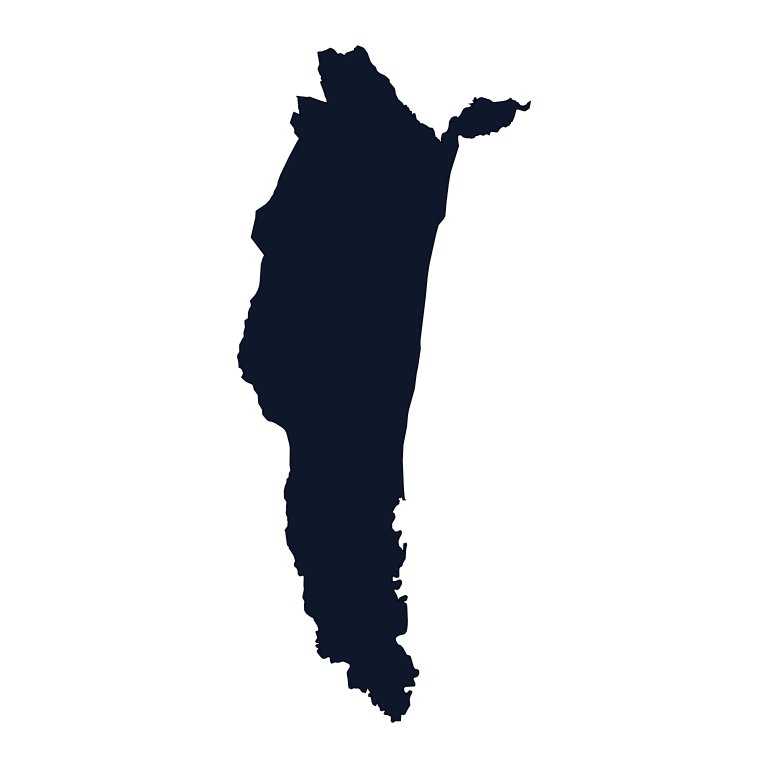 the district of Viterbo, Caldas, Colombia
{"feature_id": "7082276B24939675265994", "entity_name": "Viterbo", "entity_type": "district", "adm_level": 2, "iso_a3": "COL", "parent_name": "Colombia", "parent_adm1": "Caldas", "projection": "equal_earth", "projection_center": [-75.869, 5.037], "detail": "fine", "context": "isolated", "style": "filled", "palette": "ink", "viewbox_px": 768, "rotation_deg": 0, "n_neighbors": 0, "source": "geoboundaries", "source_scale": "gbopen_adm2", "svg_char_len": 6081}
<svg xmlns="http://www.w3.org/2000/svg" viewBox="0 0 768 768"><path d="M463.7,109.7L460.6,115.7L458.0,118.5L456.1,116.8L453.4,117.3L451.7,118.4L449.8,121.6L449.2,127.2L448.2,130.3L446.2,132.7L443.3,133.6L442.4,134.8L441.6,138.4L441.7,142.2L439.3,142.2L439.5,141.6L438.8,140.0L437.4,139.6L436.6,138.0L435.0,137.4L433.8,131.4L432.3,128.6L428.9,128.1L426.3,126.1L422.3,124.0L419.8,123.9L418.9,121.8L416.0,119.7L414.8,114.1L414.1,113.8L412.6,114.8L411.7,114.4L411.1,113.6L411.2,111.7L409.3,111.2L408.3,108.1L406.7,107.3L406.2,105.7L405.5,105.5L404.3,106.4L403.5,106.0L402.0,103.3L397.7,99.6L395.2,94.4L394.2,88.6L389.1,82.7L388.8,79.8L384.4,76.0L379.4,73.8L376.6,71.3L375.1,67.4L372.4,65.3L369.9,61.7L367.0,53.5L364.1,49.2L362.6,48.0L357.7,46.1L355.8,48.2L354.8,48.6L354.5,50.7L346.6,53.4L344.4,56.0L341.1,53.9L339.7,53.9L337.8,55.0L334.4,50.8L332.8,49.5L330.2,48.5L326.6,50.5L321.7,52.2L318.5,52.3L318.1,52.6L320.1,64.2L318.3,68.8L320.0,73.7L321.8,76.1L321.5,78.7L322.2,79.6L324.2,79.9L320.8,82.2L324.9,93.3L325.5,96.2L327.0,98.9L327.6,103.4L321.1,101.6L309.3,97.3L307.9,97.8L297.4,96.7L298.4,98.0L298.2,100.5L298.7,101.7L298.5,103.4L299.2,105.0L298.6,105.9L299.0,106.4L298.9,108.3L299.9,110.2L300.0,115.2L293.9,112.6L290.6,122.8L294.4,127.6L295.2,130.7L294.8,132.6L299.9,138.4L297.4,142.3L289.2,157.8L280.8,175.3L278.6,181.3L277.9,185.3L276.0,189.4L274.8,191.0L273.9,194.6L271.9,197.2L270.2,200.4L265.8,204.9L256.4,211.2L256.0,217.8L251.5,237.4L264.9,255.1L263.3,258.3L261.6,264.3L260.4,282.2L259.6,286.9L258.5,290.0L256.0,294.9L250.6,301.0L251.6,303.9L251.4,306.9L250.0,308.7L248.7,312.4L248.6,318.2L247.9,319.1L245.3,320.7L245.2,323.3L245.7,327.1L244.2,332.6L244.4,337.3L242.9,339.1L239.9,345.0L240.0,352.0L237.9,355.4L238.0,358.1L238.8,360.5L239.3,364.9L239.2,367.0L241.4,368.1L242.4,369.3L243.7,372.5L243.5,374.4L241.9,377.2L246.3,381.2L252.3,383.8L253.6,385.2L254.5,389.4L258.4,394.7L259.0,403.2L262.9,409.7L262.9,413.8L263.7,415.2L267.2,419.3L269.1,420.6L271.8,421.0L275.2,422.4L282.6,427.0L285.1,429.3L286.9,432.2L289.9,443.9L290.5,448.0L290.3,465.1L291.1,470.7L289.6,473.2L289.3,477.5L287.2,479.5L287.2,482.3L285.5,486.5L284.5,491.2L284.8,498.0L287.2,501.7L286.7,507.4L286.9,510.5L286.4,512.2L286.8,514.8L288.0,517.2L287.9,520.0L288.4,522.0L288.1,526.4L285.4,530.3L286.0,532.1L287.7,544.8L289.8,546.9L289.4,547.9L294.0,555.0L295.6,559.8L295.6,561.7L294.6,564.1L294.8,565.8L297.3,568.1L298.3,570.5L298.5,573.9L299.3,575.2L300.0,575.6L303.3,574.9L304.0,575.4L304.5,576.9L304.2,585.0L304.6,589.6L303.1,596.8L303.3,598.0L305.1,601.1L304.7,605.6L304.9,610.1L306.5,613.0L311.4,616.6L313.7,617.4L314.4,619.8L318.0,625.6L318.8,627.8L319.0,630.5L318.1,631.5L316.4,631.6L316.2,632.1L318.1,638.0L315.9,641.4L316.8,642.2L319.1,642.6L319.7,643.3L319.3,644.7L316.9,645.0L316.2,645.6L316.6,646.7L319.0,647.6L319.5,648.3L317.5,650.9L317.6,651.9L319.1,654.0L321.6,657.0L323.1,658.1L325.2,657.9L327.8,656.5L330.0,656.7L330.6,658.0L330.8,661.4L331.7,662.9L335.1,661.6L337.7,662.1L343.3,660.7L348.8,663.1L350.2,664.2L350.5,665.5L350.4,667.5L348.0,671.2L347.4,673.4L348.4,679.1L348.9,685.9L349.4,687.7L351.4,688.6L353.9,687.3L355.6,687.9L358.0,687.6L360.0,688.5L362.4,691.7L365.4,692.2L367.0,687.9L367.9,687.6L371.1,692.8L370.8,693.5L369.2,694.0L368.8,696.0L371.5,696.8L372.2,701.5L373.4,704.4L375.4,705.3L376.7,703.1L377.9,702.4L378.6,705.6L380.5,707.6L380.5,709.9L381.8,710.5L384.5,709.6L385.7,711.5L384.4,713.5L384.6,714.0L388.2,714.6L391.2,716.0L391.6,716.7L391.5,720.9L392.3,721.9L393.2,721.9L394.9,720.5L400.2,720.5L400.6,714.0L404.0,714.3L404.8,713.5L407.4,708.5L409.6,705.2L408.9,699.3L410.0,695.5L411.4,692.8L411.5,691.5L409.8,690.9L407.1,693.5L405.5,693.8L403.7,691.3L403.2,688.6L404.1,686.8L405.6,686.2L414.3,685.7L414.7,685.1L414.5,683.4L412.6,678.7L413.6,677.3L416.9,676.2L417.9,675.0L418.6,673.0L418.3,670.7L417.4,670.0L415.0,669.7L413.2,667.6L410.2,656.9L409.0,656.0L406.5,655.5L402.4,648.0L399.9,645.6L397.6,645.0L395.0,640.2L395.1,638.0L396.2,636.4L399.3,634.7L404.3,633.5L405.8,631.7L406.3,630.2L407.0,625.1L407.1,620.6L406.5,606.1L405.9,603.9L403.2,602.7L402.7,601.5L406.1,600.0L407.1,597.1L406.3,595.9L405.0,595.8L400.0,598.1L399.0,600.2L398.0,600.7L395.9,594.7L393.7,591.0L393.6,589.1L395.0,588.6L396.8,589.3L398.6,588.6L400.9,584.6L401.4,582.7L401.3,581.5L400.4,580.4L399.5,580.2L395.0,581.9L392.3,581.7L392.0,580.7L392.0,577.4L392.4,576.2L393.1,575.7L396.5,577.2L398.3,576.7L398.6,576.0L398.5,569.9L398.8,568.2L399.8,566.7L401.7,565.7L402.3,562.9L404.9,558.6L405.4,549.5L406.4,544.8L406.1,543.5L404.0,544.0L403.9,549.6L403.1,551.0L401.9,550.7L401.0,548.8L398.4,546.3L397.7,541.8L398.7,538.2L400.9,534.1L401.2,531.8L400.2,530.8L397.1,532.3L394.8,532.2L391.5,528.4L391.4,523.3L394.2,518.7L394.7,516.8L394.0,514.0L391.7,512.3L395.4,505.9L398.5,503.5L399.0,500.9L397.6,500.9L397.6,500.0L399.4,496.4L399.9,496.3L400.4,497.2L400.8,496.6L401.5,496.6L403.1,498.3L403.2,499.7L404.7,499.6L404.1,499.1L403.2,489.4L402.0,460.7L402.7,445.0L406.3,426.3L407.3,414.8L408.3,409.4L414.1,388.6L415.8,374.8L417.8,364.1L420.0,348.9L419.7,341.0L425.1,296.6L427.1,275.4L428.8,264.1L435.1,235.6L437.8,225.1L443.4,218.2L444.6,216.0L445.8,202.4L448.1,183.6L450.0,172.3L458.3,145.8L457.3,139.3L457.6,135.0L460.9,134.4L463.7,136.8L468.0,137.7L469.0,137.1L471.0,138.0L473.9,137.4L475.6,135.2L477.3,135.3L477.6,134.2L478.4,134.7L480.7,133.9L482.4,134.9L483.6,134.9L487.2,133.1L488.3,134.4L489.1,134.5L489.9,131.8L490.8,131.0L497.2,131.7L499.6,128.2L502.1,126.4L503.5,125.9L505.4,126.8L509.4,124.6L509.5,123.6L510.2,123.4L510.3,121.5L511.8,121.3L513.9,116.5L515.8,109.1L518.4,108.7L522.5,110.2L524.7,110.6L525.5,110.3L528.9,108.0L530.1,101.9L528.1,103.1L526.6,105.3L524.4,105.8L523.8,107.3L522.3,106.1L520.2,106.0L517.6,102.8L516.3,102.5L515.0,101.1L512.4,100.6L510.6,98.5L507.9,100.4L504.7,101.5L494.2,102.9L492.9,102.7L489.6,100.3L481.9,97.9L480.0,98.1L477.1,100.2L476.5,100.1L475.6,98.0L474.9,98.0L474.3,99.1L474.7,100.6L473.4,100.8L474.7,102.5L474.6,102.9L472.6,103.9L470.5,104.1L472.2,105.1L471.0,106.4L470.7,107.5L465.6,108.3L463.7,109.7Z" fill="#0f172a" stroke="#020617" stroke-width="1.5"/></svg>